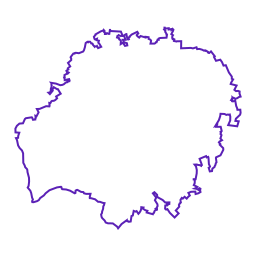 Canalete, Córdoba, Colombia (Albers equal-area conic projection)
{"feature_id": "7082276B82675854286902", "entity_name": "Canalete", "entity_type": "district", "adm_level": 2, "iso_a3": "COL", "parent_name": "Colombia", "parent_adm1": "Córdoba", "projection": "albers", "projection_center": [-76.229, 8.721], "detail": "fine", "context": "isolated", "style": "outline", "palette": "violet", "viewbox_px": 256, "rotation_deg": 0, "n_neighbors": 0, "source": "geoboundaries", "source_scale": "gbopen_adm2", "svg_char_len": 5721}
<svg xmlns="http://www.w3.org/2000/svg" viewBox="0 0 256 256"><path d="M214.8,56.3L211.0,51.4L209.2,53.0L208.3,52.8L207.8,52.2L207.9,51.8L206.1,50.7L205.6,50.9L205.0,50.3L204.1,50.7L202.1,49.7L199.4,48.9L197.1,49.1L196.5,47.3L192.9,48.4L190.9,47.9L181.1,48.3L181.2,41.2L176.7,41.3L176.5,41.5L174.0,41.0L174.4,39.4L173.5,38.9L173.2,39.4L172.7,39.2L172.6,38.4L172.2,38.0L172.3,36.3L173.0,35.2L171.3,34.1L173.0,31.0L173.4,29.7L172.5,28.8L171.3,29.9L171.1,29.1L168.7,29.5L168.7,28.2L165.2,28.6L164.9,27.7L164.5,27.7L164.6,28.6L164.0,29.4L165.4,30.8L165.2,31.8L166.9,34.5L166.5,34.9L166.9,35.6L166.5,37.7L160.1,38.0L158.8,38.5L158.7,39.8L157.6,39.6L156.6,42.2L155.9,42.2L155.3,43.2L154.4,43.6L150.5,43.6L151.1,40.7L150.4,39.7L148.6,38.9L148.6,37.2L145.5,36.8L145.5,37.5L140.5,36.0L139.3,37.6L138.7,37.3L136.8,35.5L136.7,35.0L138.3,33.4L137.3,31.8L131.7,34.5L129.7,36.4L129.8,36.8L128.4,37.7L128.9,39.2L128.1,39.5L127.7,39.3L126.9,36.8L126.4,34.1L125.9,34.2L123.9,35.5L125.4,39.3L125.1,39.4L125.3,39.8L122.9,39.8L124.0,42.3L126.9,43.2L127.3,45.4L125.0,45.9L122.9,42.7L120.7,44.1L120.9,40.8L120.5,40.2L119.2,39.4L119.2,38.2L117.0,37.5L117.5,35.8L118.7,35.6L118.8,35.2L120.3,35.9L122.7,36.0L120.9,31.6L110.3,31.0L110.0,29.1L109.3,33.9L108.4,33.9L107.0,33.1L106.1,34.0L104.9,34.0L104.9,32.5L104.1,32.0L104.5,30.9L103.6,29.9L103.2,30.6L100.9,31.3L95.5,34.4L95.6,34.8L93.9,36.8L94.5,38.9L94.8,39.3L95.7,39.3L96.9,38.8L96.6,40.2L98.9,40.7L98.3,42.7L99.3,43.7L101.2,46.8L98.1,48.1L97.0,46.0L96.4,46.6L94.5,46.2L94.4,46.5L93.0,44.9L92.7,43.9L92.1,43.4L91.3,43.5L90.2,41.8L88.7,41.7L88.1,42.3L87.4,41.8L85.7,43.0L84.9,47.2L84.0,50.1L83.2,51.5L78.9,53.2L75.8,52.8L74.9,53.0L74.6,53.6L73.4,53.5L70.7,57.0L70.6,57.5L71.2,58.4L71.2,60.1L68.0,62.9L70.2,66.4L67.8,68.3L67.7,69.3L68.1,69.6L66.4,70.8L67.1,72.5L68.0,72.2L68.7,72.6L67.6,73.7L67.2,73.5L63.8,75.5L64.4,75.4L64.7,77.3L64.1,77.5L64.7,79.1L64.7,80.1L69.1,79.1L69.6,80.5L69.4,81.2L67.3,81.2L67.4,82.2L65.8,82.5L63.9,84.2L62.3,84.9L60.3,85.2L56.0,83.6L51.1,82.8L51.6,83.5L51.4,84.9L51.7,85.6L51.3,87.8L50.9,88.4L50.7,91.2L49.8,92.5L48.5,92.7L49.9,94.1L52.6,90.8L52.0,90.4L53.8,87.2L57.1,89.2L57.8,89.1L60.7,93.7L56.1,96.5L57.1,98.3L55.3,100.0L53.8,100.8L52.0,100.9L51.3,101.4L50.4,103.1L49.3,102.9L49.6,105.8L49.4,106.4L46.1,106.2L39.6,108.9L36.9,109.0L38.6,112.3L36.5,116.3L35.4,115.8L35.7,118.1L35.3,118.5L35.3,119.5L33.0,119.8L32.1,117.5L31.7,117.3L25.9,118.2L24.9,119.0L23.0,123.3L19.4,123.6L16.9,125.8L15.4,128.6L15.5,132.4L19.3,132.7L18.2,135.9L18.1,137.8L16.0,138.1L17.0,140.1L18.1,145.4L19.6,148.0L22.0,150.5L23.1,153.3L23.3,162.8L24.7,165.5L25.2,167.2L27.0,169.1L27.3,169.9L27.5,172.1L29.0,177.8L29.1,181.7L28.6,185.9L27.7,187.6L30.3,190.7L31.2,193.1L32.1,197.7L32.9,199.4L32.1,201.2L32.3,202.1L33.5,202.2L37.2,201.1L38.0,200.6L38.9,200.0L40.1,198.1L43.9,195.4L45.6,193.3L49.5,190.2L57.0,187.4L61.0,186.8L61.4,187.1L61.8,188.8L62.3,189.2L66.2,189.5L70.1,190.7L74.7,193.3L75.4,193.0L75.6,190.6L76.6,190.0L77.4,189.9L81.1,191.9L83.4,192.1L84.0,193.3L86.3,193.9L90.5,193.8L89.7,197.1L89.8,198.1L91.1,198.2L95.1,199.3L98.1,201.8L99.9,201.8L102.9,202.9L104.5,203.1L104.0,205.1L103.3,206.3L103.1,208.8L102.1,211.6L102.0,213.0L101.1,214.5L101.6,217.0L102.2,218.1L104.7,220.6L105.7,222.5L107.9,223.3L112.8,223.4L117.1,226.6L118.1,228.3L121.6,224.0L126.8,220.2L126.8,220.9L127.3,221.3L128.0,221.2L128.8,221.8L130.7,221.5L131.5,216.0L132.8,215.5L133.7,210.9L135.5,211.6L136.6,211.1L138.4,213.8L139.5,212.6L140.7,210.6L141.2,208.9L141.3,207.2L143.4,207.5L142.8,208.6L143.1,208.8L145.5,210.3L147.4,210.8L146.7,212.5L152.8,214.2L152.9,213.6L153.6,213.3L154.2,212.4L154.3,211.5L155.0,210.4L157.0,209.7L157.0,209.3L155.9,208.6L156.9,208.0L156.8,207.5L157.6,206.0L157.4,204.2L154.9,200.2L156.2,197.6L152.9,193.3L154.4,192.2L157.1,194.8L157.1,196.0L157.7,197.3L162.7,200.0L165.2,202.5L169.4,202.4L169.3,204.0L168.4,204.1L167.8,204.8L167.3,203.5L166.8,203.9L166.9,205.3L165.3,205.5L165.1,208.7L166.1,209.6L167.4,209.1L169.8,212.8L174.6,217.5L178.6,213.4L175.8,210.5L179.3,206.6L178.9,205.0L179.7,203.3L180.2,203.3L180.9,202.3L180.5,201.2L180.5,199.8L181.8,197.9L182.8,198.6L184.6,196.8L186.7,198.6L188.1,196.9L189.8,195.5L188.4,192.9L191.0,191.8L195.3,191.6L195.6,194.0L198.3,193.3L200.5,192.0L200.1,190.5L200.4,188.7L199.4,188.2L198.7,188.9L198.5,189.9L196.8,188.9L194.8,188.5L196.4,187.8L197.3,186.9L193.8,185.1L194.7,183.2L194.8,180.1L194.6,179.6L193.7,179.5L193.7,179.2L195.6,179.2L196.7,173.4L196.8,170.0L196.0,166.4L194.6,164.6L196.9,164.5L197.7,164.9L199.7,165.1L201.1,165.8L201.2,165.2L201.8,165.1L201.8,164.7L199.6,158.8L206.1,156.1L206.7,157.4L208.2,156.9L208.5,157.9L208.9,164.1L210.0,166.5L209.3,167.6L208.7,167.8L209.8,171.4L212.0,171.1L212.4,168.6L214.5,167.0L214.9,165.7L215.4,165.0L215.8,163.2L216.5,162.3L215.9,157.9L216.1,157.3L220.5,155.3L223.3,149.8L223.2,148.1L219.8,144.8L220.4,144.1L218.9,142.4L219.6,141.5L222.0,140.2L220.4,138.5L221.5,135.1L220.5,134.0L221.0,132.7L220.5,131.9L221.7,131.0L220.7,126.8L216.2,126.8L216.8,125.3L215.4,125.9L218.9,120.1L220.2,116.2L220.5,113.8L224.6,114.0L226.3,114.9L228.0,114.5L228.8,114.8L229.8,114.5L230.3,116.7L230.2,120.5L228.2,125.1L237.2,126.3L238.7,121.3L235.4,120.9L235.9,118.7L240.1,114.7L240.6,112.8L240.3,109.7L237.4,109.8L237.1,108.1L236.2,106.0L235.2,100.5L233.1,101.4L232.3,101.3L231.3,101.0L231.8,101.0L232.0,100.1L231.2,100.0L232.1,98.4L232.2,98.8L232.4,98.6L232.4,98.1L232.6,98.4L233.1,98.3L232.9,97.6L233.9,97.9L235.2,98.8L237.2,98.2L239.0,97.0L240.6,96.6L239.5,93.5L239.6,91.5L238.0,90.9L236.0,91.1L234.4,89.8L236.6,85.5L230.7,84.0L231.1,82.7L233.1,79.4L231.8,78.8L231.8,76.6L228.9,72.5L225.8,65.2L223.5,65.6L222.0,62.1L220.3,59.7L216.0,60.8L214.0,57.0L214.8,56.3Z" fill="none" stroke="#5b21b6" stroke-width="2"/></svg>